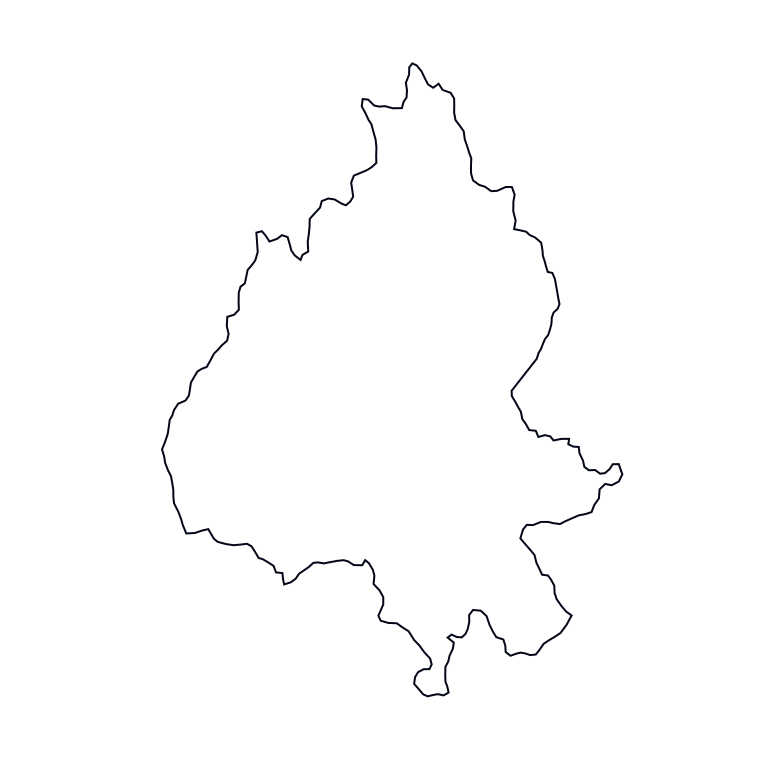 the district of Pau Brasil, Bahia, Brazil, rotated 354°
{"feature_id": "56859067B52793357327632", "entity_name": "Pau Brasil", "entity_type": "district", "adm_level": 2, "iso_a3": "BRA", "parent_name": "Brazil", "parent_adm1": "Bahia", "projection": "robinson", "projection_center": [-39.68, -15.46], "detail": "fine", "context": "isolated", "style": "outline", "palette": "ink", "viewbox_px": 768, "rotation_deg": 354, "n_neighbors": 0, "source": "geoboundaries", "source_scale": "gbopen_adm2", "svg_char_len": 4051}
<svg xmlns="http://www.w3.org/2000/svg" viewBox="0 0 768 768"><g transform="rotate(354 384 384)"><path d="M469.7,91.1L463.9,94.5L459.1,90.7L456.6,84.3L454.0,77.0L449.8,70.6L445.7,68.1L442.2,71.7L441.3,78.9L437.2,86.8L437.6,94.0L436.4,101.4L433.0,105.4L430.6,111.5L421.6,110.7L414.1,107.8L408.2,107.6L403.3,106.0L398.0,99.5L392.6,98.4L390.9,105.5L393.8,112.6L396.2,119.6L398.7,124.6L399.9,132.5L401.2,140.0L401.2,148.0L400.1,156.0L399.5,163.3L394.5,167.0L389.7,169.4L382.6,171.6L375.8,173.6L372.4,180.3L372.7,187.5L372.9,194.5L369.5,199.0L364.8,202.3L360.5,200.1L354.2,195.3L347.9,193.7L341.2,195.6L338.9,201.8L333.2,206.8L327.4,212.0L326.4,219.8L324.7,227.9L323.0,234.6L322.5,244.3L316.4,247.1L314.0,251.9L308.7,246.8L305.8,241.6L305.0,236.2L303.5,227.8L298.0,225.3L292.8,228.5L285.0,230.3L281.6,223.7L278.5,219.3L272.9,220.1L272.2,239.6L269.0,247.4L265.6,251.3L260.3,256.3L258.1,263.3L256.1,269.4L251.5,272.2L249.1,278.0L248.0,287.0L247.4,295.0L242.3,299.4L235.2,300.8L233.7,310.0L234.7,317.9L232.5,324.5L226.6,328.7L222.8,332.3L218.2,335.9L213.8,342.4L209.5,348.5L204.2,349.9L199.7,352.1L196.8,356.0L192.1,362.4L190.2,370.0L188.7,375.2L184.8,379.7L177.2,382.1L172.4,388.0L170.2,393.1L167.1,397.4L165.7,403.3L163.7,411.1L160.1,418.9L156.4,425.9L157.8,433.3L158.1,439.5L160.1,447.0L162.5,453.4L163.1,460.9L163.4,467.4L162.7,474.1L162.7,480.7L166.1,489.6L168.1,497.2L169.1,503.0L171.7,512.0L180.3,512.4L187.5,510.8L194.0,509.9L198.7,520.2L202.1,523.6L209.9,526.6L217.6,528.6L224.6,528.7L231.1,528.6L235.3,531.6L238.4,537.8L241.1,543.9L245.2,545.6L250.4,549.5L255.2,553.4L256.9,560.1L263.2,561.4L263.2,567.5L263.7,572.9L270.5,571.5L275.7,568.5L279.6,563.9L284.7,561.1L289.7,558.4L295.0,554.5L299.6,554.5L305.3,556.1L311.4,555.6L318.9,555.0L325.4,555.0L329.8,556.7L335.0,560.9L343.4,562.0L346.9,557.2L350.3,560.7L353.5,567.6L354.4,573.7L352.7,581.8L358.0,588.8L361.0,595.9L360.2,603.2L356.9,609.1L354.2,613.8L356.0,619.1L363.4,622.1L371.7,623.3L376.6,627.7L382.6,632.4L387.3,641.9L391.7,647.5L396.0,654.9L401.2,662.0L402.1,667.9L399.4,672.3L393.6,671.8L387.8,674.1L384.3,678.7L382.6,685.3L386.3,690.6L390.5,696.7L394.8,699.2L400.6,698.4L405.1,698.1L410.8,699.9L416.0,697.6L415.3,691.4L414.0,686.5L414.5,679.8L415.5,671.7L418.9,666.7L420.8,661.1L424.8,654.5L426.4,648.5L420.8,642.8L425.0,640.3L430.1,643.3L434.9,644.1L438.9,641.1L441.7,636.3L443.9,629.7L444.5,622.7L449.0,618.0L456.6,619.6L461.7,625.5L463.9,635.0L466.4,641.6L469.2,647.5L476.0,650.6L477.3,657.0L477.0,663.3L481.4,667.5L487.0,666.1L491.7,665.4L496.2,666.7L501.1,668.9L506.7,668.9L510.8,664.7L515.7,659.0L521.3,656.1L527.3,653.3L533.5,650.1L540.3,642.7L546.4,633.8L541.5,629.5L537.4,623.6L533.2,616.0L531.8,609.6L532.3,602.4L529.6,595.9L527.1,591.6L521.3,590.2L518.9,583.2L516.9,577.8L515.8,569.8L512.3,564.5L508.0,558.4L503.5,551.8L507.0,543.3L511.3,539.0L517.5,539.9L525.6,537.6L532.7,538.3L538.0,540.1L544.4,541.7L549.3,539.7L555.7,537.6L563.9,535.0L570.9,534.4L577.0,533.1L580.6,526.1L585.8,520.2L587.4,511.3L593.6,506.5L599.9,508.5L607.3,505.5L611.6,498.8L609.1,488.2L603.1,487.7L599.4,492.3L594.5,495.7L589.6,495.8L584.9,491.6L578.7,491.2L574.6,487.3L573.9,481.0L571.2,473.4L571.1,467.0L565.5,466.0L561.0,463.1L562.4,457.9L554.5,457.1L546.7,457.9L543.9,453.5L538.8,451.7L532.0,452.8L530.1,446.4L523.6,445.0L520.8,438.4L517.9,433.4L517.2,425.9L515.0,421.0L512.7,415.5L509.9,409.4L510.2,404.1L538.6,374.8L541.0,369.3L543.9,365.4L546.4,360.4L548.9,356.0L552.3,352.6L554.7,347.3L556.7,342.1L557.9,335.3L560.1,330.7L564.6,327.3L566.9,322.9L566.3,317.0L565.7,307.6L564.9,297.2L563.0,291.1L558.6,289.7L557.4,283.9L556.6,278.6L555.4,273.1L555.6,268.0L555.1,259.9L549.8,254.3L544.4,251.0L541.3,247.4L535.5,245.4L529.6,243.6L532.0,235.2L530.6,225.7L531.8,215.9L533.7,209.5L531.8,201.5L525.8,200.8L516.8,203.7L510.7,203.4L505.1,198.4L499.4,195.9L493.8,190.8L492.6,183.7L493.3,176.1L494.4,168.8L492.9,163.0L491.9,157.8L489.9,149.1L489.7,141.0L486.1,134.6L482.7,129.0L482.1,121.5L482.9,115.1L483.6,107.4L480.7,101.4L473.1,97.7L469.7,91.1Z" fill="none" stroke="#020617" stroke-width="2"/></g></svg>